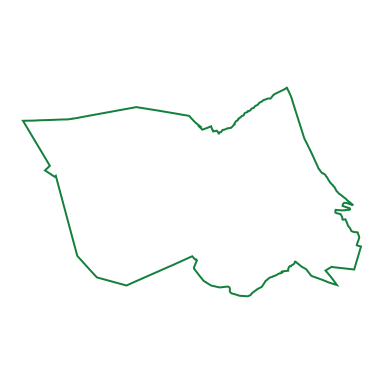 Laarbeek, Noord-Brabant, Netherlands (Robinson projection)
{"feature_id": "6326949B42737315583657", "entity_name": "Laarbeek", "entity_type": "district", "adm_level": 2, "iso_a3": "NLD", "parent_name": "Netherlands", "parent_adm1": "Noord-Brabant", "projection": "robinson", "projection_center": [5.634, 51.532], "detail": "fine", "context": "isolated", "style": "outline", "palette": "green", "viewbox_px": 384, "rotation_deg": 0, "n_neighbors": 0, "source": "geoboundaries", "source_scale": "gbopen_adm2", "svg_char_len": 5837}
<svg xmlns="http://www.w3.org/2000/svg" viewBox="0 0 384 384"><path d="M354.2,269.5L361.0,246.5L358.5,245.9L357.0,245.4L356.7,245.1L358.5,239.9L359.3,237.4L358.8,235.8L358.6,235.2L357.7,232.8L357.7,232.5L357.3,232.3L355.3,232.2L353.2,231.8L352.2,231.4L351.5,231.1L351.2,230.7L350.9,230.0L350.7,229.7L350.2,228.4L349.6,227.7L348.2,226.0L348.0,225.7L347.8,225.3L347.6,224.5L347.4,224.0L346.7,222.1L345.9,220.5L345.4,219.3L342.9,219.7L342.7,219.6L342.5,219.4L342.3,219.1L342.4,218.4L342.2,217.1L341.3,215.4L340.5,214.1L340.2,214.0L336.3,213.1L335.9,212.8L335.6,212.4L335.4,212.4L335.4,210.8L335.5,210.8L335.6,210.1L335.9,209.8L336.3,209.9L336.9,210.0L337.3,210.1L338.8,210.1L339.1,210.2L339.6,210.2L342.2,210.4L344.2,210.3L344.8,210.3L345.1,210.1L345.7,210.0L346.5,209.9L348.8,209.9L349.5,209.7L350.1,209.2L350.0,208.8L349.6,208.2L342.6,206.0L342.7,205.5L342.8,204.4L343.0,204.0L343.9,203.1L344.1,202.9L345.0,202.8L345.8,202.9L346.2,202.9L347.9,203.4L349.5,204.0L351.7,204.9L352.3,205.0L352.6,204.8L352.2,204.4L352.0,204.2L351.9,204.1L351.5,203.9L351.3,203.7L351.0,203.3L350.9,203.2L350.4,202.8L347.7,200.7L346.8,199.9L345.9,198.9L344.7,197.9L343.7,197.2L342.8,196.4L342.2,196.1L341.8,195.6L341.5,195.4L340.6,194.8L340.3,194.5L339.7,194.1L338.9,193.6L338.6,193.2L338.0,192.4L337.8,192.2L337.3,191.8L336.8,191.4L336.4,190.9L336.2,190.3L335.6,189.3L334.5,187.1L334.4,187.0L333.8,186.5L333.3,186.0L333.1,185.8L332.6,184.9L332.4,184.8L331.5,184.0L331.3,183.8L331.2,183.7L331.0,183.3L330.9,183.1L330.2,182.6L329.9,182.4L329.8,182.2L329.4,181.2L329.1,180.7L328.6,180.1L328.4,179.8L327.9,178.9L327.3,177.7L327.0,177.3L326.9,177.2L326.6,176.8L326.1,176.3L325.8,175.9L325.7,175.6L325.5,175.1L324.5,174.2L324.2,174.0L323.7,173.8L322.9,173.4L322.8,173.1L322.6,173.0L321.9,172.8L321.6,172.6L321.3,172.2L320.3,170.9L319.4,169.6L319.1,169.1L318.7,168.9L316.9,164.7L314.6,159.8L313.9,158.1L310.0,149.8L309.1,148.0L308.1,146.1L307.4,144.5L304.5,138.9L304.1,137.8L299.6,123.6L296.7,114.5L293.8,105.3L293.1,103.2L292.4,100.8L292.0,99.4L291.0,96.5L290.2,94.7L288.2,90.3L287.8,90.0L287.3,88.8L287.4,88.6L287.3,88.2L286.9,87.7L284.9,89.0L283.9,89.6L275.6,93.6L274.4,94.2L274.0,94.5L273.2,95.2L270.6,98.5L269.7,98.6L268.7,98.5L267.7,98.6L267.3,98.7L266.7,98.9L266.5,99.0L265.9,99.4L265.6,99.5L264.9,99.6L264.4,99.9L263.8,100.0L263.4,100.2L263.0,100.4L262.8,100.7L262.1,101.3L261.5,101.7L259.5,102.6L258.6,103.7L257.7,104.8L257.4,105.0L256.2,105.5L255.7,105.9L254.9,106.3L254.6,106.5L254.4,106.9L254.1,107.5L253.9,107.8L253.5,108.0L252.1,108.3L251.8,108.4L251.1,109.4L250.4,110.1L250.0,110.6L248.8,111.0L248.0,111.0L247.9,111.1L247.7,111.3L247.5,112.0L247.4,112.0L246.6,112.4L245.5,112.7L245.1,112.9L244.7,113.2L244.5,113.5L244.0,114.5L243.7,115.2L243.7,115.3L243.0,115.6L242.1,115.8L241.8,116.0L241.0,116.8L240.9,117.0L240.7,117.4L240.6,117.5L239.7,117.7L239.3,117.9L238.8,118.7L238.7,118.9L238.2,119.0L237.9,119.3L237.7,120.2L237.7,120.4L237.6,120.5L237.4,120.6L236.4,121.0L236.2,121.1L235.7,121.6L235.5,121.9L235.2,122.5L234.9,122.7L234.8,122.8L234.7,123.1L234.6,123.4L234.5,123.5L234.3,123.9L234.4,124.1L234.5,124.3L234.6,124.5L233.9,125.0L233.3,125.4L232.6,126.3L231.2,127.7L230.9,127.9L229.9,127.9L228.9,128.2L228.3,128.4L227.8,128.3L227.6,128.4L226.5,128.7L225.8,129.1L224.5,129.6L224.3,129.7L223.6,129.8L222.8,129.9L222.7,129.9L222.6,130.0L222.6,130.3L222.2,130.6L221.8,130.9L221.6,131.3L221.5,131.7L221.4,131.8L221.2,131.9L219.8,132.3L219.8,132.6L219.3,133.0L219.2,133.2L219.0,133.5L218.9,133.5L218.7,133.5L217.6,131.6L217.3,131.5L216.9,130.9L216.8,130.7L214.1,131.3L213.4,131.4L213.1,130.6L212.8,130.7L212.2,129.3L211.8,128.4L211.1,126.3L208.8,127.3L203.7,129.2L202.3,129.7L200.8,128.1L199.4,126.8L200.4,126.6L195.4,122.6L195.1,122.3L191.3,118.3L189.2,115.9L185.4,115.2L184.4,115.1L180.7,114.5L180.7,114.4L157.0,110.4L136.3,107.1L80.5,117.3L78.6,117.7L72.2,118.8L72.2,118.7L68.1,119.4L61.9,119.5L49.4,120.0L39.4,120.3L33.9,120.6L27.1,120.7L23.0,120.8L33.0,137.6L45.0,157.6L49.8,165.8L46.4,169.1L45.0,170.4L54.7,176.8L55.8,175.8L73.4,241.5L75.7,250.0L76.1,251.4L77.3,255.9L92.4,272.6L96.9,277.4L126.5,285.5L133.6,282.3L170.3,266.1L170.7,266.0L190.1,257.2L192.2,256.3L193.6,257.8L194.2,258.6L194.6,258.7L195.0,259.2L195.7,259.8L195.9,259.8L196.1,259.7L196.1,259.8L196.9,260.4L194.1,267.1L193.9,267.6L194.0,268.1L194.0,268.3L194.2,268.9L194.4,269.1L199.2,275.4L203.2,280.3L203.6,280.8L204.2,281.2L210.4,285.1L210.9,285.3L211.4,285.6L211.8,285.7L212.3,285.8L219.0,287.3L219.6,287.4L220.2,287.4L227.1,286.6L227.5,286.6L228.2,286.7L228.8,287.0L229.2,287.3L229.4,287.5L229.7,288.0L229.9,288.5L229.9,289.0L229.8,290.6L229.8,291.0L229.9,291.6L230.2,292.1L230.4,292.4L230.8,292.8L231.1,293.0L231.4,293.3L232.4,293.6L235.3,294.4L236.4,294.7L237.7,295.1L239.2,295.7L239.5,295.7L240.1,295.8L247.8,296.3L248.0,296.2L250.4,295.1L250.8,294.8L251.5,293.8L252.0,293.1L252.4,292.8L253.1,292.3L257.5,289.1L257.9,288.8L260.2,287.7L261.0,287.2L261.6,286.9L261.8,286.8L262.0,286.5L264.7,282.4L265.2,281.4L265.4,281.2L268.5,278.6L269.8,277.6L270.0,277.5L270.5,277.3L271.9,277.1L272.0,277.0L273.1,276.3L273.3,276.2L273.7,276.2L275.5,275.5L278.8,273.7L279.9,273.2L280.1,273.2L280.4,273.3L280.6,273.3L281.1,273.1L281.9,272.7L282.3,272.5L282.5,272.3L282.0,271.7L281.9,271.6L282.2,271.4L288.2,270.7L288.3,268.7L288.5,268.1L288.7,267.8L288.8,267.5L289.5,266.4L289.7,266.2L289.8,266.2L290.6,266.3L290.8,266.3L291.1,266.1L291.2,265.9L291.2,265.7L291.4,265.5L291.8,265.2L293.0,264.6L294.0,263.8L294.3,263.5L294.4,263.3L294.8,262.2L294.9,261.8L295.3,261.8L295.5,261.7L301.7,266.7L302.7,267.3L305.3,268.7L306.1,269.2L306.7,269.9L310.6,275.0L311.4,275.8L312.5,276.3L322.3,279.8L328.4,282.3L329.1,282.6L336.9,285.0L335.4,282.9L333.6,280.5L332.5,279.0L330.8,276.8L329.1,274.8L325.5,270.5L331.5,266.9L332.0,267.0L334.4,267.3L354.2,269.5Z" fill="none" stroke="#15803d" stroke-width="2"/></svg>